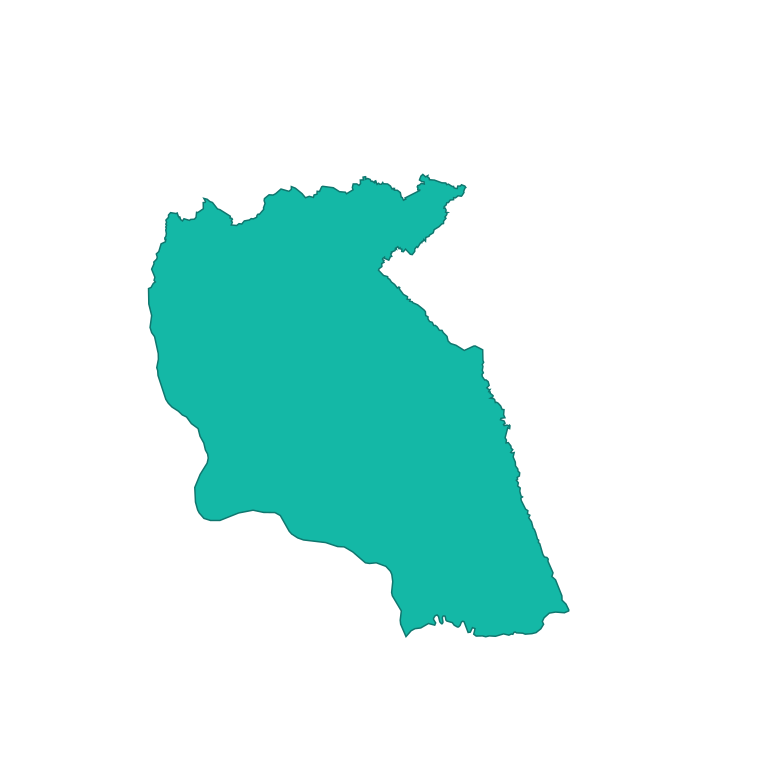 outline of Puerto Berrío, Antioquia, Colombia, rotated 118°
{"feature_id": "7082276B36153632793263", "entity_name": "Puerto Berrío", "entity_type": "district", "adm_level": 2, "iso_a3": "COL", "parent_name": "Colombia", "parent_adm1": "Antioquia", "projection": "orthographic", "projection_center": [-74.62, 6.504], "detail": "fine", "context": "isolated", "style": "filled", "palette": "teal", "viewbox_px": 768, "rotation_deg": 118, "n_neighbors": 0, "source": "geoboundaries", "source_scale": "gbopen_adm2", "svg_char_len": 6171}
<svg xmlns="http://www.w3.org/2000/svg" viewBox="0 0 768 768"><g transform="rotate(118 384 384)"><path d="M381.5,239.5L381.0,241.6L379.2,242.8L377.4,246.8L378.7,248.6L376.0,249.6L374.7,251.8L364.7,254.2L364.4,252.1L361.7,253.2L361.4,254.0L362.6,254.3L362.5,255.9L364.3,258.4L363.6,259.5L361.8,258.7L360.3,260.6L360.9,264.4L359.4,264.6L357.0,261.4L355.1,263.9L350.3,266.0L351.0,267.8L348.7,270.6L347.4,274.1L347.3,276.1L348.1,277.0L345.8,279.0L345.5,280.3L346.6,283.4L344.2,281.9L343.1,282.2L342.3,285.9L341.2,286.4L341.6,287.9L339.1,287.8L339.8,288.7L339.1,291.4L335.8,290.5L333.0,293.2L332.5,295.9L333.2,297.0L331.3,300.7L329.5,302.0L327.5,301.5L325.9,303.6L322.0,304.9L320.8,306.4L318.0,306.2L316.8,307.7L307.5,312.9L307.6,321.3L308.4,322.6L316.7,328.9L316.0,338.6L317.0,344.2L315.9,347.7L312.4,350.7L310.8,355.9L309.4,357.9L310.6,360.3L308.6,363.9L308.2,366.2L309.0,367.6L306.9,370.3L307.4,373.1L306.0,375.6L304.0,376.7L304.0,379.3L300.7,381.4L299.9,383.2L298.3,391.4L298.7,396.7L298.1,397.7L298.9,400.2L297.1,400.6L298.4,403.3L295.9,404.2L295.8,408.9L292.8,415.2L291.5,415.4L291.4,416.4L293.0,417.3L291.1,421.4L290.5,425.3L288.9,428.2L288.9,430.1L287.5,431.2L288.4,435.3L286.1,442.3L284.4,442.4L281.3,441.0L278.7,442.6L276.6,441.1L275.8,442.3L274.9,442.1L274.8,443.7L273.9,444.1L271.8,443.1L272.8,442.4L272.4,437.9L268.5,438.1L267.7,437.1L266.0,439.1L264.5,438.7L264.1,439.4L261.0,436.9L259.0,437.5L259.1,436.3L258.1,437.1L256.3,436.3L257.4,434.4L256.3,433.8L257.1,433.2L256.6,431.5L258.6,430.6L258.1,429.0L254.8,428.3L257.1,421.7L256.5,419.8L252.5,419.1L250.3,420.2L247.4,419.6L247.6,418.4L242.2,418.0L241.4,416.9L240.5,417.4L239.2,416.4L237.7,416.7L238.4,414.4L235.0,415.9L232.5,413.6L230.9,413.6L227.4,411.5L224.2,412.2L219.3,409.3L215.5,408.1L214.4,406.8L212.1,407.9L208.6,407.1L208.0,408.6L205.0,408.1L203.6,408.8L202.7,408.2L203.4,410.3L201.3,410.8L200.0,412.6L200.6,413.6L199.1,414.1L196.8,413.2L194.5,413.7L193.5,412.3L190.5,411.9L188.6,409.1L186.8,410.0L186.1,408.3L183.0,406.9L181.9,403.9L181.1,403.6L177.4,403.3L176.4,404.1L173.1,404.5L172.1,404.0L171.3,405.6L171.7,409.1L173.4,409.5L174.6,411.8L177.0,411.1L177.6,412.4L177.9,414.3L176.9,415.3L177.6,416.6L177.3,421.0L178.5,422.2L177.5,423.8L179.2,427.4L180.3,435.2L182.3,439.8L181.1,440.6L180.8,442.7L179.4,443.1L181.6,444.6L180.7,448.1L183.1,449.0L187.2,448.5L187.5,445.5L186.7,443.6L188.5,442.3L189.4,445.3L191.6,446.0L192.9,447.3L194.4,447.2L194.8,446.2L196.7,445.4L196.9,444.6L195.9,443.6L196.4,443.3L209.9,452.8L210.5,451.6L212.6,453.1L210.8,455.4L210.9,456.5L207.3,459.5L206.7,463.1L207.9,465.7L206.6,466.5L207.7,467.1L207.0,467.8L208.0,468.6L206.2,471.2L205.7,474.7L207.5,478.6L206.7,479.7L208.8,480.0L209.7,481.6L209.3,483.0L211.0,483.8L208.5,486.7L209.3,487.3L210.0,486.2L210.8,486.6L210.4,489.5L211.1,490.5L209.9,492.3L210.2,494.9L211.9,496.4L209.8,497.2L209.7,497.8L211.2,499.6L213.5,498.0L215.0,500.7L218.1,498.8L220.4,499.3L220.1,501.9L221.8,505.1L225.4,504.2L227.1,502.5L233.6,506.4L232.8,508.2L235.1,513.6L234.5,520.9L238.2,530.9L239.2,531.6L244.3,531.3L245.2,533.5L247.9,532.3L249.9,534.5L252.4,533.9L253.4,538.1L256.4,540.8L254.4,545.7L252.7,554.2L253.2,558.5L255.7,557.2L258.5,558.4L260.2,566.5L266.8,569.0L269.2,570.6L270.9,574.3L276.4,576.6L278.4,575.9L280.4,573.8L285.1,573.1L286.2,572.2L292.8,573.7L293.1,574.9L294.7,575.3L296.6,574.7L299.6,577.0L300.3,578.9L302.3,579.8L305.6,583.9L309.5,584.7L310.5,587.3L313.2,588.5L315.3,593.5L312.3,593.9L311.8,595.4L309.7,595.2L309.2,596.2L309.7,597.9L308.0,598.5L307.1,610.7L307.6,613.2L304.3,620.6L304.6,623.6L303.9,626.8L304.7,630.2L306.6,627.3L307.6,627.2L308.7,628.8L314.1,625.8L320.0,628.9L320.4,630.1L325.1,628.2L327.5,628.8L329.5,632.0L330.9,632.6L332.0,638.2L334.6,638.5L334.3,640.8L333.0,642.0L333.2,642.8L332.5,642.7L332.6,644.2L330.1,646.9L331.1,647.6L332.9,652.9L336.0,653.6L337.9,652.5L341.7,653.5L343.4,651.8L345.3,651.7L345.8,650.5L347.9,650.4L348.4,649.4L350.5,649.0L353.3,646.8L356.0,645.9L358.0,646.1L359.3,645.2L358.8,644.5L361.1,643.8L364.9,646.6L372.8,645.0L376.1,646.1L378.3,643.8L380.4,643.3L384.4,644.5L385.9,643.5L391.7,643.1L397.3,636.4L400.4,635.7L401.2,633.8L403.4,634.9L408.1,635.0L410.3,636.7L423.8,629.2L432.6,621.3L443.9,617.1L447.7,613.3L449.9,608.8L463.1,597.6L468.1,594.8L476.3,592.3L478.4,590.1L482.6,587.5L500.0,569.4L502.3,565.3L503.9,560.3L504.5,552.9L506.0,547.6L505.8,542.9L509.4,535.5L510.6,527.2L516.5,521.9L520.7,515.4L526.1,510.7L528.6,506.9L531.9,504.4L536.9,503.0L550.1,503.9L564.2,502.5L576.8,495.0L582.6,489.5L584.6,486.6L587.2,479.9L585.9,473.0L581.5,464.8L566.1,451.8L556.9,440.4L553.9,430.0L548.7,419.9L548.8,413.8L558.5,398.6L559.8,395.1L560.4,388.0L559.5,381.9L551.4,361.1L549.3,348.6L546.5,342.7L546.9,332.9L550.6,316.5L549.3,312.6L545.5,306.9L544.1,296.7L546.4,290.3L548.6,287.6L554.4,283.5L564.5,279.4L567.1,277.2L576.2,262.2L584.9,258.8L588.3,256.5L596.7,246.0L589.1,244.2L585.5,241.8L582.1,237.0L574.6,232.3L573.1,226.0L570.7,226.2L568.6,229.7L567.4,230.3L564.5,230.0L563.0,228.7L563.7,226.7L567.8,223.1L568.7,220.7L568.2,220.0L566.6,220.1L563.1,222.7L561.5,223.0L560.6,222.3L560.4,220.9L563.4,218.5L563.8,217.2L562.6,211.7L564.0,208.8L564.1,205.1L563.5,204.1L561.5,203.5L557.8,203.9L556.5,203.1L556.3,201.7L563.9,193.1L562.6,191.3L557.6,191.5L557.2,188.8L562.8,187.3L563.3,184.3L560.2,178.8L559.4,175.5L557.0,172.8L554.4,167.1L548.5,161.1L547.1,155.8L545.0,154.2L544.5,152.7L542.4,152.7L541.4,151.8L541.5,150.1L538.9,144.6L538.6,141.9L535.0,136.2L532.1,133.0L526.5,130.6L521.2,130.3L519.4,132.7L515.3,132.9L508.7,130.5L504.8,125.4L501.3,117.3L497.7,114.4L496.7,114.8L492.9,120.0L491.3,125.3L487.5,127.5L476.4,140.6L475.2,145.4L471.4,146.1L463.5,156.1L461.5,156.8L460.7,158.7L461.4,161.2L459.9,163.7L451.9,171.5L451.4,173.3L449.3,174.1L449.0,175.6L444.1,180.3L441.7,183.1L441.4,184.5L436.4,189.1L434.2,193.4L431.4,193.6L431.3,196.4L428.3,197.5L428.0,200.3L422.5,208.0L420.6,209.6L418.7,208.7L418.5,210.5L414.9,213.8L411.9,214.9L411.3,218.1L408.2,219.0L406.8,222.0L405.4,221.3L404.0,222.6L401.7,221.3L398.7,222.5L398.0,224.8L396.2,226.0L394.6,229.4L391.3,231.4L387.8,235.7L383.4,236.9L384.8,238.5L384.9,240.0L381.5,239.5Z" fill="#14b8a6" stroke="#0f766e" stroke-width="1.5"/></g></svg>